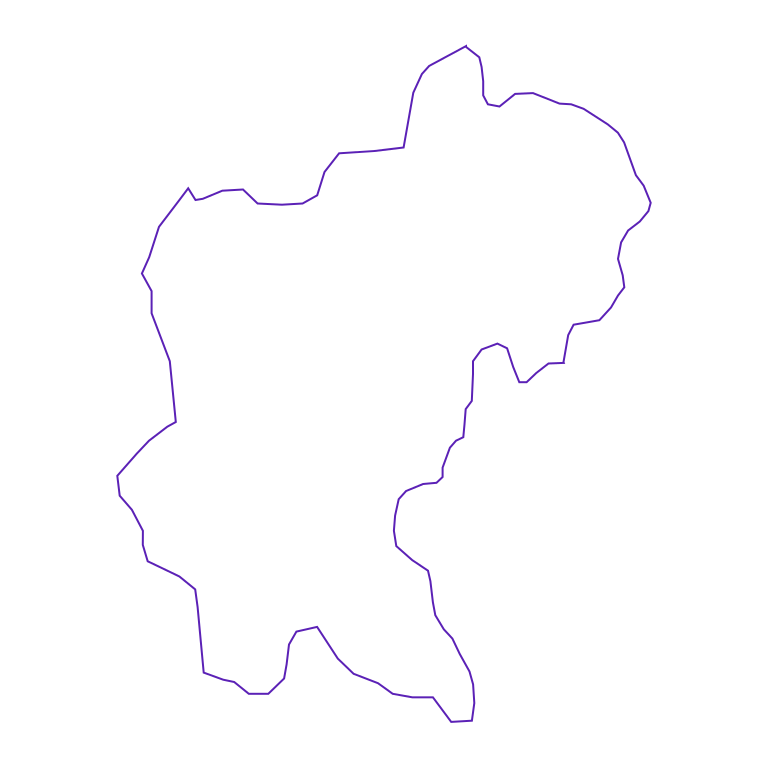 the district of Pyeongchang-gun, Gangwon, South Korea
{"feature_id": "91817680B93219729656421", "entity_name": "Pyeongchang-gun", "entity_type": "district", "adm_level": 2, "iso_a3": "KOR", "parent_name": "South Korea", "parent_adm1": "Gangwon", "projection": "robinson", "projection_center": [128.515, 37.533], "detail": "fine", "context": "isolated", "style": "outline", "palette": "violet", "viewbox_px": 768, "rotation_deg": 0, "n_neighbors": 0, "source": "geoboundaries", "source_scale": "gbopen_adm2", "svg_char_len": 1651}
<svg xmlns="http://www.w3.org/2000/svg" viewBox="0 0 768 768"><path d="M466.0,46.1L429.2,65.9L421.9,74.0L413.3,92.7L403.6,147.5L374.4,151.0L339.1,153.3L324.5,172.0L317.2,195.3L302.6,203.5L281.9,204.7L257.6,203.5L243.0,189.5L222.3,190.7L202.8,198.8L195.5,200.0L188.2,188.3L178.5,201.2L159.0,226.8L149.2,257.2L141.9,273.5L143.5,276.4L151.6,291.1L151.6,313.3L169.8,361.2L175.8,422.0L167.3,426.7L149.0,440.7L136.8,453.6L117.3,475.8L119.7,495.7L131.9,509.8L142.9,530.8L142.8,544.9L146.1,556.0L147.7,561.3L159.9,567.1L179.4,576.5L195.2,589.4L197.6,607.0L203.7,672.6L223.2,679.7L234.2,682.0L248.8,693.8L268.3,693.8L284.1,678.5L286.6,664.4L289.0,644.5L296.4,631.6L317.1,626.9L337.8,658.6L353.6,673.8L378.0,683.2L392.7,693.8L412.2,697.3L432.9,697.3L451.2,721.9L471.9,720.7L474.3,703.1L473.1,684.4L469.5,671.5L459.7,653.9L452.4,638.6L443.8,629.3L435.3,615.2L432.9,602.3L430.4,581.2L428.0,570.7L412.2,560.1L396.3,546.1L393.9,530.8L395.1,515.6L398.7,499.2L406.1,491.0L423.1,484.0L436.5,482.8L442.6,477.0L442.6,467.6L449.9,447.7L456.0,440.7L463.3,437.2L464.5,424.3L465.7,409.1L471.8,400.9L473.0,374.0L473.0,361.2L481.6,349.5L497.4,343.6L507.1,348.3L513.2,367.0L519.3,382.2L526.6,382.2L536.4,372.9L548.5,363.5L563.8,362.9L563.5,362.1L568.2,335.1L573.6,324.7L586.9,322.4L599.4,320.2L611.0,307.5L618.0,295.5L624.3,287.3L622.7,275.3L618.0,258.9L621.1,242.4L628.1,230.5L639.8,221.5L648.4,211.1L650.7,202.8L643.7,185.7L635.9,175.2L624.1,142.4L617.9,132.7L607.8,124.4L583.6,108.8L571.2,104.3L559.5,103.6L533.0,93.1L515.1,93.9L499.5,106.5L487.9,104.3L483.2,95.4L483.2,81.2L481.6,67.0L479.3,57.3L466.0,46.9L466.0,46.1Z" fill="none" stroke="#5b21b6" stroke-width="2"/></svg>